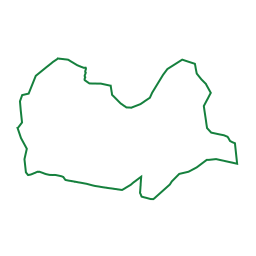 Tosoncengel, Dzavhan, Mongolia (Equal Earth projection), rotated 272°
{"feature_id": "93677404B60721538910841", "entity_name": "Tosoncengel", "entity_type": "district", "adm_level": 2, "iso_a3": "MNG", "parent_name": "Mongolia", "parent_adm1": "Dzavhan", "projection": "equal_earth", "projection_center": [98.252, 48.497], "detail": "fine", "context": "isolated", "style": "outline", "palette": "green", "viewbox_px": 256, "rotation_deg": 272, "n_neighbors": 0, "source": "geoboundaries", "source_scale": "gbopen_adm2", "svg_char_len": 4604}
<svg xmlns="http://www.w3.org/2000/svg" viewBox="0 0 256 256"><g transform="rotate(272 128 128)"><path d="M198.2,179.8L188.3,165.3L182.4,161.2L164.1,150.9L159.0,148.8L155.2,143.5L154.9,143.2L152.3,139.6L149.3,132.6L149.0,132.0L149.0,131.8L148.6,131.1L148.6,130.9L148.4,130.7L148.5,129.1L148.5,128.1L148.5,127.9L148.5,127.5L148.5,127.3L148.5,126.1L148.5,125.9L148.5,125.7L148.9,125.1L149.1,124.8L149.4,124.4L149.5,124.2L149.7,123.8L150.6,122.4L151.5,121.1L151.6,120.9L152.2,119.9L154.5,117.4L154.9,117.0L155.1,116.8L156.9,114.9L157.0,114.8L157.1,114.6L157.3,114.5L159.8,111.8L160.0,111.5L160.5,111.0L160.7,110.9L161.2,110.8L161.8,110.7L162.2,110.7L163.5,110.4L164.4,110.2L164.7,110.2L165.0,110.1L168.6,109.4L168.8,109.4L169.7,109.2L169.7,108.8L171.4,99.4L171.2,90.1L171.2,89.9L171.2,87.9L171.7,87.0L172.1,86.5L172.2,86.3L172.7,85.5L172.8,85.4L173.0,85.0L173.5,84.3L173.6,84.2L173.9,83.7L174.0,83.5L174.2,83.3L174.3,83.1L174.5,83.0L174.9,82.9L175.1,82.9L175.3,82.9L175.5,83.0L175.8,83.0L176.0,83.0L176.4,83.2L176.6,83.3L176.8,83.4L176.9,83.5L177.0,83.5L177.3,83.5L177.4,83.4L177.5,83.3L177.6,83.2L177.8,83.0L178.0,83.0L178.4,83.0L178.6,83.0L178.8,82.9L179.1,82.9L179.3,83.0L179.5,83.1L179.8,83.2L180.0,83.3L180.5,83.4L180.8,83.6L181.3,83.7L181.5,83.7L181.7,83.8L181.9,83.8L182.0,83.6L182.5,83.3L182.8,83.3L183.1,83.3L183.4,83.4L183.7,83.4L183.9,83.4L184.2,83.5L184.7,83.7L185.3,83.8L185.7,83.9L185.8,83.9L186.2,83.8L186.5,83.7L186.8,83.6L186.8,83.4L186.7,82.9L186.7,82.6L186.6,81.9L186.6,81.7L186.8,81.1L186.9,80.9L187.1,80.3L187.2,80.0L187.3,79.6L187.4,79.4L187.5,79.0L187.7,78.5L187.8,78.3L187.9,78.1L188.0,77.6L188.1,77.3L188.4,76.6L188.5,76.4L188.9,75.3L188.9,75.2L191.3,70.9L191.4,70.7L191.5,70.6L191.6,70.4L191.7,70.2L192.0,69.6L192.5,68.7L192.9,68.0L193.6,66.8L193.7,66.7L193.9,66.2L194.2,65.7L194.2,65.4L194.4,63.5L194.4,63.3L194.5,61.7L194.6,60.9L194.6,60.6L194.7,59.4L194.8,58.2L194.8,57.3L194.9,57.2L194.9,56.9L195.0,55.6L194.9,55.6L194.7,55.2L194.3,54.7L193.2,53.2L192.9,52.8L192.8,52.6L191.9,51.4L191.7,51.1L191.5,50.8L188.9,47.9L188.7,47.5L188.3,47.1L188.1,47.0L187.4,46.0L187.2,45.9L186.1,44.5L185.9,44.3L177.0,34.1L176.9,34.0L158.9,27.5L157.2,21.1L150.9,19.1L141.8,20.2L129.8,21.9L124.0,17.8L124.0,17.7L114.2,21.4L103.7,27.6L93.2,25.6L80.3,27.5L80.2,27.5L79.9,27.8L79.4,28.1L79.1,28.3L78.7,28.8L78.4,29.0L78.0,29.3L77.8,29.4L77.7,29.5L77.5,29.8L77.6,30.1L77.6,30.4L77.8,31.1L77.9,31.7L78.2,32.7L78.8,34.1L79.7,36.0L79.9,36.6L80.1,37.0L80.4,37.5L80.9,38.6L81.0,38.9L81.0,39.0L81.2,39.4L81.2,39.6L81.1,39.8L81.0,40.1L81.0,40.3L81.1,40.5L81.2,40.9L81.2,41.0L80.1,44.5L79.7,45.6L79.6,45.9L79.3,46.7L79.3,47.0L79.1,47.5L79.0,47.8L79.0,48.0L78.5,50.6L78.4,51.3L78.4,52.0L78.4,53.1L78.4,53.7L78.4,54.2L78.4,54.6L78.5,55.7L78.5,55.8L78.5,56.0L78.5,56.6L78.5,57.0L78.5,57.3L77.9,60.8L77.4,63.4L76.8,64.9L76.8,65.0L76.6,65.2L75.5,66.0L74.7,66.6L74.5,66.8L73.9,67.3L73.3,70.8L73.0,73.6L72.9,73.7L72.9,74.1L72.6,76.1L72.6,76.3L72.5,77.0L72.4,77.0L72.4,77.6L72.3,78.2L72.2,79.0L72.1,79.4L72.0,79.9L71.7,82.5L71.1,86.4L70.8,88.5L69.6,93.7L69.3,95.1L68.9,97.2L68.4,101.6L68.3,102.1L68.1,103.5L67.8,106.0L67.8,106.4L67.7,106.7L67.6,108.4L67.5,108.6L67.5,108.9L67.5,109.1L67.4,109.5L67.2,111.4L67.2,111.6L67.1,112.4L67.1,112.6L67.1,112.8L67.1,113.0L66.9,114.6L66.9,114.8L66.8,115.7L66.8,115.9L66.7,116.0L66.5,118.6L66.4,119.2L66.4,119.5L66.3,119.8L66.3,120.0L66.3,120.4L66.2,120.9L66.2,121.1L66.0,122.8L65.9,124.1L65.9,124.3L67.7,127.2L67.9,127.4L71.3,132.7L74.1,135.7L74.2,136.0L74.5,136.3L75.3,137.3L75.8,138.0L76.0,138.1L77.2,139.7L77.3,139.8L77.9,140.5L78.5,141.3L78.6,141.5L78.8,141.7L78.9,141.8L79.5,142.5L79.8,142.9L79.5,142.9L78.1,142.8L77.7,142.8L72.8,142.6L70.5,142.6L70.0,142.5L69.5,142.5L69.3,142.5L69.1,142.5L68.8,142.5L68.5,142.5L66.5,142.4L65.5,142.4L65.3,142.4L65.0,142.4L64.7,142.3L63.8,142.3L63.5,142.3L62.2,143.0L61.5,143.3L61.3,143.4L61.2,143.4L59.9,144.0L59.8,144.3L59.7,144.9L59.6,145.1L59.6,145.4L59.5,145.6L59.4,146.0L59.0,147.8L59.0,148.0L58.5,150.1L57.8,153.1L57.8,153.9L57.8,155.8L58.2,156.3L58.3,156.4L59.0,157.2L60.0,158.2L73.0,171.8L76.1,173.6L83.9,180.8L86.4,190.0L91.0,198.0L98.9,207.8L99.0,210.1L100.0,217.1L96.1,238.3L116.5,235.4L117.4,232.9L118.6,230.4L121.3,228.8L122.7,227.8L124.1,224.1L124.8,219.7L126.3,211.3L130.7,207.0L135.5,206.1L136.7,205.9L137.2,205.8L137.9,205.7L148.1,203.8L152.6,203.0L159.4,206.3L159.5,206.4L162.5,207.8L166.0,209.5L174.2,204.6L174.5,204.5L174.7,204.4L177.7,201.2L179.1,199.7L181.3,197.8L184.8,194.8L189.5,193.7L191.9,193.2L192.0,193.2L194.5,192.6L196.2,186.6L198.2,179.8L198.2,179.8Z" fill="none" stroke="#15803d" stroke-width="2"/></g></svg>